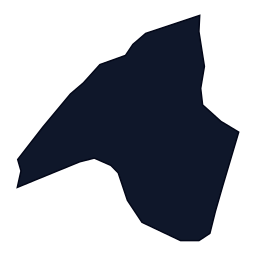 Dongdaemun-gu, Seoul, South Korea (orthographic projection)
{"feature_id": "91817680B25965069984368", "entity_name": "Dongdaemun-gu", "entity_type": "district", "adm_level": 2, "iso_a3": "KOR", "parent_name": "South Korea", "parent_adm1": "Seoul", "projection": "orthographic", "projection_center": [127.054, 37.571], "detail": "fine", "context": "isolated", "style": "filled", "palette": "ink", "viewbox_px": 256, "rotation_deg": 0, "n_neighbors": 0, "source": "geoboundaries", "source_scale": "gbopen_adm2", "svg_char_len": 483}
<svg xmlns="http://www.w3.org/2000/svg" viewBox="0 0 256 256"><path d="M199.7,15.4L145.7,33.4L132.9,44.4L125.5,55.4L99.9,64.6L83.4,82.9L70.5,93.9L43.0,126.9L17.7,159.5L21.0,170.9L17.3,187.4L35.7,179.8L79.7,161.8L94.3,158.1L110.9,165.4L118.2,172.8L127.4,200.3L142.0,222.3L180.6,240.6L198.9,240.6L204.4,237.0L209.9,233.3L215.4,211.3L222.8,185.6L238.7,132.1L220.9,121.4L202.6,104.9L200.7,88.4L204.4,66.4L198.9,31.5L199.7,15.4Z" fill="#0f172a" stroke="#020617" stroke-width="1.5"/></svg>